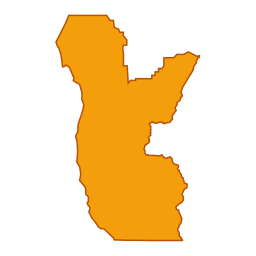 Curry, Oregon, United States of America (orthographic projection)
{"feature_id": "52423323B63196257632244", "entity_name": "Curry", "entity_type": "district", "adm_level": 2, "iso_a3": "USA", "parent_name": "United States of America", "parent_adm1": "Oregon", "projection": "orthographic", "projection_center": [-123.977, 42.475], "detail": "fine", "context": "isolated", "style": "filled", "palette": "amber", "viewbox_px": 256, "rotation_deg": 0, "n_neighbors": 0, "source": "geoboundaries", "source_scale": "gbopen_adm2", "svg_char_len": 5570}
<svg xmlns="http://www.w3.org/2000/svg" viewBox="0 0 256 256"><path d="M68.7,15.4L68.5,16.0L65.2,24.0L56.0,42.0L57.4,46.1L58.8,48.2L60.8,53.9L62.1,62.4L62.4,66.4L62.6,66.8L63.2,66.9L65.1,66.0L65.2,65.4L66.4,65.2L69.4,67.4L73.7,77.5L73.9,78.7L73.2,80.3L73.3,80.8L79.2,84.1L79.8,85.0L81.8,92.2L82.1,94.4L81.8,99.2L83.7,104.5L83.6,106.4L82.1,112.7L78.2,124.0L77.9,127.0L78.0,131.2L75.7,136.1L75.8,137.3L76.9,140.7L77.4,146.6L77.6,150.9L77.3,156.8L77.0,160.8L76.6,161.5L79.8,167.3L80.7,174.1L80.1,178.3L79.6,179.8L79.7,180.6L84.4,186.1L85.4,188.1L85.8,190.4L85.7,193.4L85.9,194.1L86.2,194.8L87.1,195.3L88.3,197.0L88.4,201.4L87.9,202.2L87.3,202.3L87.4,203.7L88.2,205.7L89.2,206.1L89.8,207.8L89.9,209.0L88.9,211.8L89.1,212.5L91.7,217.7L96.3,223.6L98.8,227.4L101.0,228.7L103.9,228.8L113.7,238.2L114.2,239.9L129.1,240.3L133.5,240.3L135.7,240.3L136.0,240.3L150.9,240.5L180.0,240.5L182.1,240.6L182.5,240.1L182.2,239.6L181.4,239.1L181.0,238.2L181.2,237.8L180.9,237.2L180.5,236.9L179.5,236.2L179.1,235.0L179.4,234.5L179.0,232.4L177.8,230.6L177.9,228.3L178.8,227.3L178.8,225.9L179.3,225.1L179.9,224.6L180.3,223.7L180.9,223.1L181.1,222.4L181.6,219.9L181.8,218.5L180.7,216.5L180.3,214.5L179.4,213.5L178.9,211.6L178.6,210.1L177.8,210.2L176.3,208.8L175.9,207.3L177.3,205.4L178.3,204.9L179.1,203.6L180.1,203.2L181.0,203.0L181.4,202.6L181.9,202.3L182.4,201.2L183.3,200.3L183.3,199.3L183.5,198.1L183.0,196.1L182.3,195.1L182.2,193.9L183.5,190.8L184.8,188.7L186.4,188.2L187.1,186.9L187.0,186.2L186.9,185.2L187.2,184.4L187.1,184.0L186.8,183.8L186.2,183.7L185.4,183.3L184.2,182.9L183.9,181.8L183.9,180.7L183.4,179.8L183.0,177.8L182.3,177.5L181.7,176.8L181.4,176.1L181.2,174.4L180.5,173.7L180.1,172.9L179.6,172.3L179.2,171.7L179.3,170.5L178.4,169.8L177.8,169.5L177.5,168.7L177.9,167.9L178.6,166.1L177.9,165.0L176.0,164.6L174.5,164.0L173.4,163.3L173.1,162.7L172.7,162.1L172.5,161.4L172.2,160.7L172.2,159.6L171.9,158.4L171.6,158.4L171.2,158.0L170.9,157.6L170.1,156.9L169.6,156.8L168.9,157.3L168.5,157.6L168.3,157.6L167.9,157.6L167.6,157.8L166.4,158.0L165.7,158.2L165.3,158.3L165.0,158.3L164.4,157.7L163.7,156.9L163.0,156.5L162.4,156.0L162.3,155.1L162.0,154.8L161.6,154.9L161.1,155.2L160.7,155.5L160.0,155.9L159.1,155.8L158.1,155.8L157.0,155.7L156.3,155.7L155.4,155.5L154.7,155.4L153.8,155.5L153.1,155.4L151.9,155.5L151.2,155.4L150.6,155.4L149.4,155.4L148.6,155.3L148.0,155.0L147.6,154.7L146.9,155.0L146.7,155.1L146.2,154.9L145.9,154.5L145.7,154.1L145.4,153.6L145.2,153.2L145.0,152.9L144.8,152.4L145.0,151.5L144.9,150.8L144.6,150.3L144.4,149.6L144.2,149.3L143.9,149.0L143.9,148.6L144.1,148.4L144.5,147.9L144.6,147.5L144.6,147.2L144.7,146.8L144.8,146.5L144.8,145.8L144.9,145.3L145.4,145.1L145.8,145.0L146.2,144.8L146.4,144.3L146.6,144.0L146.9,143.9L147.4,143.8L147.7,143.3L148.0,143.2L148.3,142.9L148.8,142.7L149.0,142.1L149.4,141.5L149.6,141.1L149.5,140.7L149.2,140.6L149.0,140.4L149.1,139.8L149.3,139.1L148.7,138.4L148.8,137.4L149.2,136.4L150.1,135.7L150.7,135.4L150.6,134.7L150.4,134.2L150.5,133.6L150.7,133.4L150.9,132.9L150.6,132.5L150.1,131.7L150.4,131.1L150.7,130.9L150.9,130.0L150.6,129.1L150.8,127.4L150.7,126.0L150.2,125.3L149.8,124.8L149.4,124.7L149.2,124.2L149.5,123.4L149.8,123.1L150.3,123.0L150.9,123.0L151.1,122.8L151.2,122.5L151.4,122.2L152.1,122.2L152.2,122.3L152.5,122.1L152.8,121.9L153.0,121.8L153.3,122.0L153.4,122.6L153.9,122.8L154.7,122.9L155.1,123.0L155.5,123.1L155.9,123.3L156.6,122.9L157.3,122.9L157.7,122.6L158.1,122.6L158.6,122.6L158.9,122.5L159.7,122.2L160.3,122.1L160.7,121.9L161.4,122.0L161.8,122.1L162.2,122.3L162.3,122.6L162.6,123.2L163.1,123.2L163.3,123.2L163.4,123.4L163.8,123.6L164.3,123.4L165.0,123.5L165.4,123.2L165.9,123.2L166.3,123.0L166.9,122.9L167.5,122.5L168.2,122.6L168.8,122.5L169.3,122.4L169.7,122.2L170.1,122.0L170.3,121.6L170.7,121.4L170.8,121.1L170.9,120.8L170.9,120.6L171.1,120.2L171.7,120.1L171.9,119.7L172.0,119.4L172.5,119.2L172.6,118.9L172.4,118.7L172.5,118.3L172.3,117.9L172.2,117.6L172.1,117.2L172.1,116.5L172.3,116.2L172.6,115.9L172.7,115.2L173.0,114.7L173.2,114.4L173.7,113.8L174.1,113.3L174.3,113.1L174.3,112.6L174.7,112.2L175.0,112.0L175.3,111.6L175.5,111.2L175.9,110.9L176.2,110.4L175.9,109.8L175.5,109.2L175.4,108.9L175.2,108.3L175.2,107.8L175.3,107.5L175.7,106.8L176.1,106.3L176.4,105.8L176.6,105.4L177.0,104.7L177.0,104.3L177.1,103.8L177.1,103.5L177.0,103.2L177.1,102.6L177.4,102.2L177.7,102.0L178.1,101.8L178.5,101.6L179.0,101.1L179.4,100.7L179.7,100.5L180.1,100.2L180.4,99.7L180.4,99.1L180.7,98.5L180.7,97.7L180.7,97.4L181.1,97.1L181.6,96.9L181.9,96.6L182.1,96.1L182.3,95.8L182.3,95.4L182.1,94.6L181.6,93.8L181.2,93.2L180.8,92.9L182.5,87.5L185.1,83.2L190.0,75.1L190.1,74.9L190.1,74.6L190.6,74.2L190.9,74.0L191.0,73.7L190.9,73.5L191.1,73.3L191.3,73.1L191.6,72.7L191.7,72.1L192.0,71.8L192.3,71.4L192.5,71.2L192.8,70.7L193.0,70.4L193.1,70.0L193.3,69.5L193.4,69.1L193.2,68.8L193.2,68.5L193.2,68.1L193.4,67.9L193.5,67.6L193.6,67.3L193.7,66.9L193.9,66.4L194.1,66.0L194.3,65.4L194.6,65.2L194.9,64.8L195.2,64.4L195.6,63.9L195.9,63.3L196.4,62.7L196.3,61.8L196.5,61.2L196.7,60.6L196.9,59.8L197.1,59.3L197.4,58.8L197.7,58.4L197.9,58.0L198.4,57.9L199.0,57.5L199.3,57.1L199.3,56.4L199.5,55.9L199.9,55.6L200.0,55.5L197.2,56.4L188.4,51.9L183.6,54.4L177.0,54.4L173.8,57.7L163.9,57.8L163.9,66.0L161.9,68.5L158.5,68.5L158.5,71.9L155.1,71.9L155.1,75.3L151.8,75.3L151.8,78.7L135.6,78.7L135.6,80.4L130.5,80.4L128.2,83.1L127.2,65.9L123.5,65.9L123.5,54.1L122.7,47.6L123.5,45.2L126.8,45.1L126.8,39.9L123.2,35.4L123.4,32.2L120.0,32.4L118.5,29.1L114.3,27.4L113.4,20.4L110.0,20.4L106.7,15.4L68.7,15.4Z" fill="#f59e0b" stroke="#b45309" stroke-width="1.5"/></svg>